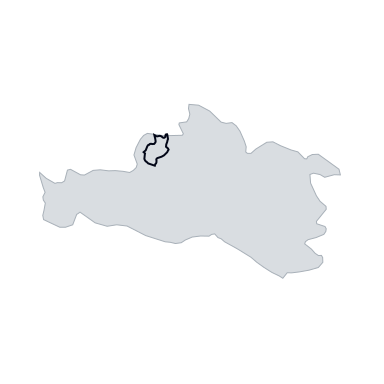 location of Krško within Slovenia, rotated 203°
{"feature_id": "SVN-958", "entity_name": "Krško", "entity_type": "Statistical Region", "adm_level": 1, "iso_a3": "SVN", "parent_name": "Slovenia", "parent_adm1": "", "projection": "robinson", "projection_center": [15.476, 45.922], "detail": "fine", "context": "in_parent", "style": "outline", "palette": "ink", "viewbox_px": 384, "rotation_deg": 203, "n_neighbors": 0, "source": "natural_earth", "source_scale": "10m", "svg_char_len": 2563}
<svg xmlns="http://www.w3.org/2000/svg" viewBox="0 0 384 384"><g transform="rotate(203 192 192)"><path d="M339.9,150.5L331.5,147.6L321.5,146.4L319.6,148.0L315.6,149.6L313.6,152.4L315.2,163.5L312.7,165.4L301.3,164.3L297.6,165.6L291.4,173.3L285.1,176.6L277.0,178.9L271.0,181.7L263.5,184.1L257.0,185.6L254.5,188.9L252.9,192.7L253.3,196.3L259.9,203.4L260.8,211.0L260.1,220.3L258.6,225.2L256.0,228.5L239.9,232.8L223.1,240.4L222.7,242.2L230.4,248.9L230.7,250.6L224.3,254.5L223.7,258.3L224.4,262.8L227.8,267.4L229.0,271.5L219.8,274.5L207.3,273.4L192.5,267.7L187.4,268.5L182.3,271.5L177.2,270.2L171.6,266.7L163.7,259.3L159.8,254.8L158.2,249.9L156.1,249.2L152.8,250.6L150.0,256.5L142.6,267.0L137.1,269.8L128.9,269.2L117.3,269.4L110.2,270.3L101.4,266.6L99.3,267.3L99.2,269.7L95.9,273.5L90.5,276.1L65.6,270.4L62.1,265.7L67.8,263.5L75.6,257.4L80.9,258.1L87.5,256.8L90.3,254.2L86.3,246.5L76.0,237.1L70.5,233.5L63.0,231.1L61.7,228.5L66.0,213.6L64.8,211.5L56.1,212.2L54.1,210.6L53.4,208.0L54.1,204.5L59.9,198.6L66.5,193.5L68.2,190.6L68.0,188.3L59.8,186.1L54.8,183.7L50.8,182.9L48.1,184.2L46.1,182.7L44.1,178.4L46.2,171.9L53.7,165.8L61.8,160.5L68.7,156.5L72.8,154.9L74.7,148.1L78.9,148.8L87.1,149.2L96.3,150.7L104.8,152.6L112.3,155.0L128.1,157.4L142.5,158.9L146.8,160.3L150.3,160.2L154.7,162.3L157.3,160.7L159.1,158.0L167.0,154.8L174.2,150.6L179.3,145.3L182.1,141.1L187.1,138.1L192.4,137.2L197.2,135.7L217.6,133.8L238.5,135.3L248.5,132.4L256.7,127.3L268.7,125.8L269.3,125.8L287.2,129.7L288.6,127.4L289.4,126.4L289.0,115.2L294.7,110.1L299.9,107.9L317.8,108.6L320.2,112.1L321.1,117.4L322.7,124.5L325.7,126.5L327.4,129.3L327.1,134.3L330.6,137.9L338.9,147.9L339.9,150.5Z" fill="#d9dde1" stroke="#a8b0b8" stroke-width="1"/><path d="M248.9,229.7L246.4,229.4L245.5,229.8L243.8,231.0L242.8,231.3L241.7,231.2L240.7,230.9L239.6,230.7L238.6,231.2L238.1,232.3L238.5,233.5L238.6,234.6L237.6,235.4L237.0,234.9L234.8,231.4L234.7,229.8L234.4,228.4L234.3,225.8L233.6,223.5L231.1,222.7L230.1,221.8L230.3,220.9L230.4,218.9L231.3,216.7L232.1,214.8L233.8,212.6L237.0,209.8L237.5,209.0L237.6,208.3L237.4,207.6L236.9,207.0L236.6,206.1L236.3,205.2L236.3,204.2L236.6,203.6L236.7,203.2L236.5,201.7L243.5,201.2L245.8,202.1L246.5,202.1L247.8,202.9L248.8,203.9L249.8,207.1L250.2,208.5L250.3,209.1L250.7,209.3L252.1,209.8L250.9,212.3L251.0,216.5L250.8,217.7L250.5,218.4L249.8,218.8L249.5,219.8L249.0,220.1L248.6,220.4L248.2,220.4L247.1,220.7L245.6,221.5L245.2,222.9L245.1,223.8L245.4,224.7L245.9,225.4L246.4,226.3L248.4,229.0L248.9,229.7L248.9,229.7Z" fill="none" stroke="#020617" stroke-width="2"/></g></svg>